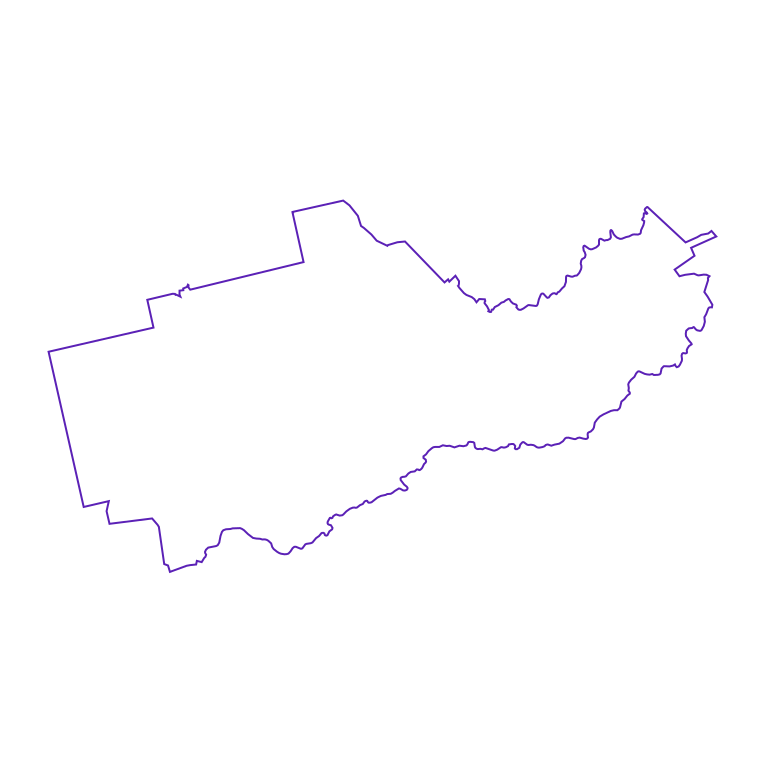 Mazzalves pag., Neretas, Latvia (orthographic projection), rotated 269°
{"feature_id": "27541924B89627851604183", "entity_name": "Mazzalves pag.", "entity_type": "district", "adm_level": 2, "iso_a3": "LVA", "parent_name": "Latvia", "parent_adm1": "Neretas", "projection": "orthographic", "projection_center": [24.992, 56.383], "detail": "fine", "context": "isolated", "style": "outline", "palette": "violet", "viewbox_px": 768, "rotation_deg": 269, "n_neighbors": 0, "source": "geoboundaries", "source_scale": "gbopen_adm2", "svg_char_len": 6164}
<svg xmlns="http://www.w3.org/2000/svg" viewBox="0 0 768 768"><g transform="rotate(269 384 384)"><path d="M525.7,718.8L531.3,714.1L528.8,710.8L527.6,703.8L525.3,699.7L520.3,688.0L556.3,650.6L556.3,650.0L554.8,648.2L553.7,647.7L552.5,648.0L550.6,649.9L549.9,650.2L549.5,649.6L550.3,647.7L550.0,646.8L546.4,646.5L544.2,645.0L543.4,645.3L542.4,647.0L541.0,646.9L538.2,646.1L533.3,643.7L530.6,643.3L529.7,642.6L529.0,640.6L529.2,636.7L529.0,635.1L527.3,631.6L526.7,628.7L525.1,624.4L525.0,622.5L526.2,619.7L527.5,618.2L529.5,616.4L533.0,614.8L533.9,613.9L533.9,613.5L533.5,613.1L532.0,612.9L526.7,613.4L525.2,612.6L524.0,610.0L524.0,608.7L523.5,606.9L525.3,603.6L525.4,602.8L525.1,602.0L524.1,601.5L519.6,601.4L518.4,600.4L516.8,598.4L515.2,594.6L515.0,593.2L515.6,591.4L518.6,587.3L518.8,586.9L518.5,586.1L517.2,585.6L513.9,586.0L512.3,587.0L509.6,587.8L507.3,587.2L506.5,586.3L505.4,584.2L503.8,583.3L500.9,582.8L498.7,583.4L497.0,583.4L495.3,583.0L491.6,581.1L489.3,579.0L489.0,578.2L489.0,577.0L488.0,574.5L488.1,573.0L489.2,569.5L488.9,568.4L487.9,567.9L482.9,567.7L478.6,566.1L476.5,563.7L473.3,560.9L472.6,559.3L471.1,558.4L470.8,557.8L471.7,556.4L471.8,555.7L471.5,554.1L469.9,552.0L467.7,550.4L467.3,549.0L467.7,548.3L471.3,545.1L471.7,544.4L471.5,543.1L470.5,542.3L465.9,540.3L461.2,539.1L459.9,538.4L459.5,537.9L459.4,537.0L460.4,530.2L460.2,529.3L457.1,524.8L455.8,522.1L455.8,520.5L456.3,519.5L458.4,517.7L459.9,518.2L461.0,517.6L462.3,514.3L464.3,512.3L466.6,510.9L466.8,509.7L465.4,507.0L464.0,505.3L463.3,502.8L460.8,499.8L459.0,496.1L456.5,494.4L456.5,493.2L456.1,492.9L454.3,492.4L454.1,491.3L454.9,489.6L456.1,490.2L459.8,488.4L463.0,486.0L464.0,486.0L465.2,486.7L466.9,486.3L467.3,480.7L464.1,477.9L467.3,475.8L469.4,473.2L471.6,468.0L473.5,465.5L478.7,461.1L480.7,459.8L480.9,460.2L482.9,460.7L485.5,460.8L491.0,457.3L485.2,451.1L487.5,449.9L484.5,446.3L526.1,407.5L525.5,399.9L522.8,390.3L522.1,389.8L527.4,379.2L533.7,374.0L540.4,366.6L542.4,363.8L552.6,360.8L563.2,352.6L568.1,346.4L557.7,295.9L557.2,296.0L557.2,295.5L507.3,305.7L481.7,191.9L484.1,190.1L486.2,190.3L486.7,189.7L484.5,188.7L483.0,184.9L481.3,185.0L480.9,181.2L477.0,181.1L474.9,181.9L477.0,177.7L476.8,177.1L477.7,176.6L477.9,174.3L472.3,148.8L444.4,154.5L422.1,49.2L266.3,81.6L271.7,106.8L261.7,104.4L249.0,107.1L253.6,149.8L247.1,155.2L245.1,156.4L207.8,161.1L206.3,164.9L199.9,166.7L205.7,183.5L206.3,187.1L206.8,193.0L210.4,193.8L209.1,198.6L213.2,201.2L214.3,202.4L216.4,203.2L218.0,202.3L219.2,202.1L221.4,203.1L223.5,205.4L224.9,213.3L225.7,214.9L228.3,216.5L235.0,217.9L239.0,219.4L240.6,220.8L241.5,223.5L241.7,227.8L242.3,230.2L242.4,237.6L241.7,239.3L240.3,241.4L236.3,245.4L232.4,250.3L231.7,253.6L231.4,257.4L230.7,259.5L230.7,262.3L230.2,264.1L229.2,265.7L226.6,268.4L223.0,269.4L220.9,270.8L218.1,274.2L216.8,276.3L216.1,278.1L215.5,281.5L215.6,283.7L216.1,285.5L218.4,287.7L221.5,289.8L222.8,291.5L222.8,293.0L220.8,297.7L220.7,298.3L221.1,299.5L225.0,302.5L225.5,303.6L226.1,308.0L226.8,309.7L231.1,313.4L233.2,316.5L236.0,318.9L236.2,319.5L236.2,321.0L235.6,321.8L234.1,322.2L233.7,322.7L233.4,323.6L233.8,324.8L237.6,326.8L239.6,329.6L241.0,330.0L243.7,328.5L244.3,326.5L244.8,325.6L246.0,325.1L247.5,325.4L251.0,327.5L251.2,328.0L250.7,329.2L251.1,330.1L252.5,330.7L253.8,332.5L254.4,333.9L253.2,337.4L253.5,339.9L254.2,341.0L257.3,344.1L259.8,347.7L260.9,350.6L261.0,352.2L260.7,353.7L261.0,354.9L263.3,357.9L264.4,360.7L266.8,362.5L267.3,363.4L267.6,364.6L267.4,365.2L266.0,366.0L265.6,366.6L265.6,367.9L266.0,369.5L270.5,375.4L271.7,377.9L272.2,379.1L273.1,383.7L273.9,385.3L274.1,388.8L275.2,390.8L276.9,393.0L279.3,397.1L278.9,398.6L277.3,401.2L277.1,403.0L277.7,404.8L278.9,405.7L279.8,405.7L280.9,405.0L283.1,402.4L287.7,399.0L289.4,398.9L290.2,399.5L290.8,400.9L290.9,402.8L291.3,404.3L294.1,406.8L295.6,409.2L296.1,413.2L298.0,415.3L297.9,416.5L297.3,417.7L297.3,418.2L298.4,419.8L299.6,420.8L303.2,422.6L304.7,424.2L305.6,424.7L307.6,424.4L309.3,422.2L311.0,422.2L312.9,424.8L316.1,427.2L318.9,430.6L319.9,432.2L320.2,434.1L320.1,438.2L321.7,441.8L320.9,445.5L321.1,448.6L319.4,453.3L321.0,458.4L320.4,462.3L321.1,465.3L322.0,466.2L324.2,467.3L324.5,467.8L324.7,469.0L324.3,472.2L323.6,473.2L319.4,473.8L318.3,474.5L317.5,475.8L317.3,476.7L317.5,479.2L317.0,481.4L318.0,483.2L318.3,484.4L315.6,491.9L315.4,493.1L315.6,494.0L316.4,496.1L318.7,499.7L318.8,500.6L318.3,502.8L318.6,504.6L319.7,506.9L321.4,507.8L321.8,510.7L321.7,512.3L321.2,513.0L319.7,514.1L317.3,513.7L316.6,514.4L316.5,515.8L317.9,518.2L321.0,519.2L323.0,521.0L323.5,521.9L323.4,522.7L320.8,526.1L320.5,527.3L320.7,529.8L320.3,532.3L319.8,533.4L318.2,535.6L317.7,537.1L317.7,538.4L318.2,541.4L319.0,543.5L320.1,544.5L320.6,546.0L320.6,546.9L319.4,550.2L320.4,553.4L321.3,558.3L323.7,562.0L326.4,564.1L327.1,565.4L327.1,567.6L325.6,573.3L325.6,574.6L326.7,576.8L327.0,578.7L325.9,582.3L325.5,584.7L325.7,585.9L326.8,587.0L330.2,586.7L331.4,587.0L332.0,587.7L333.0,590.0L335.1,592.2L336.8,593.1L341.7,594.1L344.9,596.5L347.6,599.1L349.8,602.9L353.1,610.3L353.8,613.5L353.7,616.9L355.5,619.0L356.6,619.6L362.3,621.1L364.8,624.3L368.2,627.1L370.0,629.6L371.2,629.6L373.0,628.3L375.7,628.7L379.4,628.2L381.1,628.9L384.0,631.2L386.8,634.5L390.2,636.3L391.8,637.8L392.2,638.5L392.1,639.7L389.6,644.8L389.0,647.2L388.7,649.7L389.3,652.4L388.3,654.0L388.4,658.0L388.8,659.8L389.7,660.7L394.6,661.8L396.8,663.9L396.9,664.8L396.6,669.8L397.4,673.5L398.5,675.2L396.7,676.0L395.7,677.1L396.4,678.9L398.1,680.2L402.0,682.2L403.8,682.4L407.2,682.0L409.0,682.6L409.7,683.6L409.3,686.1L409.7,687.2L410.5,687.5L412.6,687.3L414.4,688.1L416.7,689.7L418.3,692.3L419.1,692.1L422.3,689.5L426.5,686.8L429.0,686.6L432.0,687.1L434.2,689.6L434.4,690.7L434.6,693.1L435.5,694.4L435.4,694.9L433.1,696.8L432.2,698.1L431.6,700.9L431.9,701.8L432.5,702.5L436.4,704.7L440.6,705.9L445.2,705.5L448.1,707.3L453.9,709.6L454.8,710.5L455.0,711.7L454.9,713.2L457.5,713.7L465.7,709.1L470.4,705.9L482.3,709.9L484.3,709.7L486.1,711.3L487.6,708.3L487.8,705.6L487.1,700.6L487.3,699.4L488.9,695.9L487.9,686.9L486.6,681.3L493.3,676.6L506.8,696.7L514.8,693.4L525.7,718.8Z" fill="none" stroke="#5b21b6" stroke-width="2"/></g></svg>